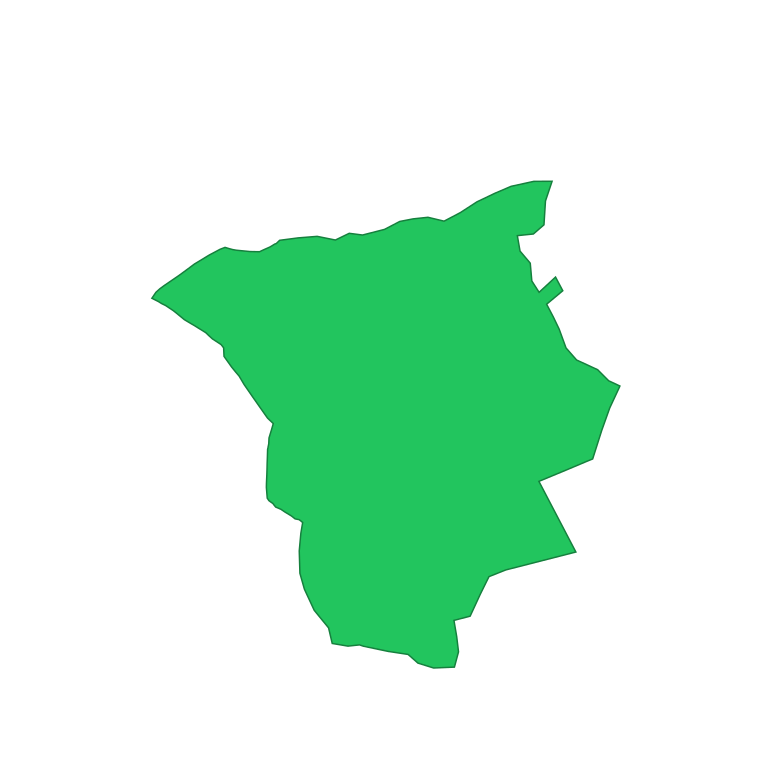 outline of Mandoul Oriental, Mandoul, Chad, rotated 206°
{"feature_id": "50815135B49309888435923", "entity_name": "Mandoul Oriental", "entity_type": "district", "adm_level": 2, "iso_a3": "TCD", "parent_name": "Chad", "parent_adm1": "Mandoul", "projection": "robinson", "projection_center": [17.725, 9.127], "detail": "fine", "context": "isolated", "style": "filled", "palette": "green", "viewbox_px": 768, "rotation_deg": 206, "n_neighbors": 0, "source": "geoboundaries", "source_scale": "gbopen_adm2", "svg_char_len": 2163}
<svg xmlns="http://www.w3.org/2000/svg" viewBox="0 0 768 768"><g transform="rotate(206 384 384)"><path d="M171.1,485.6L183.5,485.4L198.2,490.5L221.4,490.0L236.2,496.2L250.6,510.1L261.1,518.4L272.8,527.0L264.2,546.2L276.7,555.3L284.8,534.4L296.3,541.4L305.5,556.7L320.0,563.1L329.2,575.8L315.5,584.3L310.0,597.2L319.1,619.3L321.8,639.9L338.2,631.8L356.4,617.4L367.9,604.1L380.3,588.5L390.6,571.4L401.4,556.7L417.6,553.1L430.2,545.2L441.1,537.0L451.3,523.2L468.6,508.5L481.3,504.2L490.8,492.1L508.8,487.4L525.2,477.7L540.8,467.4L542.4,463.0L543.6,461.8L545.8,458.3L546.7,457.0L550.4,452.6L551.8,450.9L552.6,449.9L553.9,448.3L562.5,444.3L575.4,439.5L578.9,438.5L582.5,437.8L586.8,437.1L587.2,436.6L589.4,434.3L590.4,433.2L590.5,433.1L591.5,431.7L596.0,425.5L596.9,424.3L598.0,422.7L607.0,408.7L608.8,405.2L610.6,401.7L615.9,391.6L624.5,376.5L627.1,371.6L629.2,366.4L630.2,359.3L622.9,359.2L619.3,358.8L614.6,358.8L609.5,358.1L605.7,357.6L603.4,357.1L596.6,355.5L591.6,354.3L588.0,354.0L583.2,353.6L581.4,353.5L566.7,352.0L562.7,350.7L557.9,349.3L549.0,348.2L547.7,348.0L546.8,347.6L544.0,346.2L539.9,338.7L537.7,337.5L528.7,332.6L528.1,332.3L522.5,329.7L517.7,327.6L509.5,322.2L496.0,314.6L477.2,304.2L473.9,302.4L473.4,302.2L470.6,301.3L470.2,301.2L466.2,299.9L465.9,298.3L465.2,294.4L463.7,285.1L462.4,282.1L461.4,279.8L460.8,277.5L460.7,277.0L460.4,276.2L460.0,274.3L456.7,267.0L455.5,264.3L454.4,261.8L453.9,260.7L452.6,257.9L449.8,251.7L446.2,243.4L444.4,239.5L438.9,230.2L436.3,228.7L433.6,228.2L431.5,227.9L430.0,227.1L427.4,225.9L424.0,226.1L423.5,226.1L421.6,226.2L420.5,226.0L419.6,225.9L417.0,225.5L415.8,225.4L409.3,224.8L404.8,223.8L400.7,224.9L399.5,224.6L399.3,224.6L397.0,224.0L396.4,223.9L393.3,213.4L387.0,196.8L376.6,177.0L365.6,164.7L347.5,150.0L326.9,140.5L316.8,128.1L301.5,132.6L291.6,138.8L287.5,139.3L262.2,145.7L262.1,145.8L261.1,146.1L243.8,151.5L231.1,148.0L214.9,150.5L196.6,160.4L199.6,175.9L207.9,188.8L217.5,202.2L204.8,213.1L205.3,237.4L205.2,256.9L193.0,270.3L137.9,317.1L202.1,364.4L182.3,386.8L167.8,403.4L163.6,408.1L168.0,438.1L170.6,461.4L171.0,484.2L171.1,485.6Z" fill="#22c55e" stroke="#15803d" stroke-width="1.5"/></g></svg>